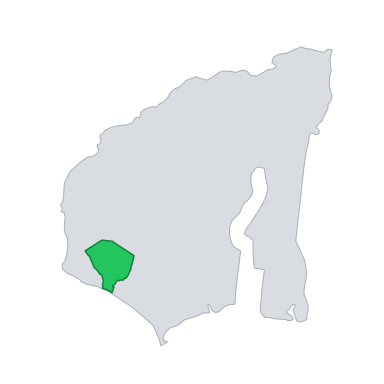 location of Louga, Louga, Senegal, rotated 276°
{"feature_id": "50182788B22933374767599", "entity_name": "Louga", "entity_type": "district", "adm_level": 2, "iso_a3": "SEN", "parent_name": "Senegal", "parent_adm1": "Louga", "projection": "natural_earth1", "projection_center": [-16.123, 15.776], "detail": "fine", "context": "in_parent", "style": "filled", "palette": "green", "viewbox_px": 384, "rotation_deg": 276, "n_neighbors": 0, "source": "geoboundaries", "source_scale": "gbopen_adm2", "svg_char_len": 5905}
<svg xmlns="http://www.w3.org/2000/svg" viewBox="0 0 384 384"><g transform="rotate(276 192 192)"><path d="M302.1,173.9L306.9,183.5L305.9,188.0L304.8,194.7L307.5,199.6L310.7,202.8L313.0,205.7L315.5,209.7L315.9,217.7L315.5,223.5L317.1,226.1L318.5,229.4L318.3,232.1L317.4,234.5L314.3,237.8L313.9,243.7L318.8,251.0L322.0,255.0L322.0,257.2L322.9,259.7L325.2,262.6L326.7,261.9L328.3,259.5L329.0,257.9L333.2,258.6L335.2,259.4L338.0,264.1L339.0,267.3L339.7,271.2L342.5,276.2L345.0,279.7L345.5,281.8L347.8,284.8L346.4,291.3L346.6,294.7L345.1,303.5L344.8,307.6L344.9,309.1L348.3,312.3L348.0,316.7L344.5,315.9L338.6,315.4L326.7,317.7L322.6,316.8L314.8,317.1L309.2,318.3L302.1,321.2L296.7,320.5L293.7,318.2L289.8,318.4L285.4,317.2L280.7,315.0L276.4,313.9L271.7,309.8L269.6,309.1L268.1,310.2L266.8,311.5L265.5,312.4L263.0,311.6L262.0,308.9L262.8,306.2L263.0,304.2L261.8,303.1L259.0,302.7L254.4,302.7L247.1,301.9L245.4,301.4L229.0,300.7L211.9,300.6L197.5,300.6L179.2,300.5L166.4,300.4L154.4,300.3L145.2,305.7L135.2,311.6L121.7,314.7L106.2,313.6L101.3,314.4L96.2,317.0L92.4,318.9L87.0,320.0L80.2,319.1L77.4,319.6L75.6,317.0L73.7,312.7L74.9,309.5L79.1,307.5L85.4,304.8L88.7,306.2L90.7,306.2L91.0,304.5L90.4,303.6L85.7,301.3L83.2,298.2L81.1,300.0L79.4,303.8L77.9,304.9L75.7,306.0L74.5,303.4L74.0,300.9L75.0,299.0L74.5,288.3L75.1,282.5L74.8,277.5L77.8,274.2L80.6,272.2L91.7,272.0L102.0,271.8L111.9,271.9L122.0,272.1L123.0,262.0L126.2,261.2L130.9,260.2L139.9,259.0L149.8,257.8L151.9,255.9L153.6,252.5L154.6,249.6L156.6,248.3L159.4,249.3L163.1,250.9L166.8,253.3L171.2,255.5L174.1,256.9L181.0,260.5L192.9,265.4L202.6,267.3L214.4,263.7L222.9,261.4L223.9,257.1L222.6,252.9L216.2,249.1L207.6,249.5L205.0,250.5L201.0,251.8L198.6,252.3L194.5,251.4L189.3,248.1L186.1,244.8L181.6,243.2L176.2,241.6L167.6,234.7L163.1,233.5L158.8,233.1L150.6,234.5L142.6,238.2L138.4,246.5L130.4,246.4L113.5,246.1L97.9,245.9L85.0,246.5L83.7,240.4L80.7,235.6L75.7,231.4L74.6,227.6L76.3,224.3L81.1,221.5L82.2,219.5L79.7,219.8L75.9,221.6L73.4,221.7L73.1,216.4L68.9,209.6L64.2,198.0L58.8,193.3L54.3,183.9L49.6,180.3L45.3,178.6L41.6,179.0L40.3,183.3L35.7,177.1L42.0,174.9L55.4,167.2L70.8,145.1L84.6,118.9L86.4,112.7L88.1,108.0L89.2,97.3L91.2,91.0L93.1,89.8L95.4,84.9L98.2,76.3L101.4,71.5L105.0,70.6L107.8,71.0L109.8,72.8L115.6,73.9L125.2,74.3L132.7,73.0L138.0,70.0L144.9,68.5L153.4,68.5L157.9,67.2L158.4,64.8L159.5,64.0L161.3,65.0L163.0,64.6L164.5,62.9L166.1,62.8L167.7,64.3L174.8,64.7L187.6,64.1L199.5,68.6L210.3,78.2L215.9,84.6L216.3,87.8L218.1,91.1L221.4,94.3L224.3,94.9L227.0,92.9L229.1,93.1L230.7,95.6L233.7,96.1L237.2,94.6L239.6,95.1L240.1,96.6L240.7,97.4L242.3,97.7L244.6,99.6L247.7,104.7L250.3,111.8L252.3,120.9L255.0,125.9L258.2,126.7L260.1,128.6L260.5,130.7L261.4,132.2L263.0,133.0L265.7,132.6L269.0,135.6L272.4,142.3L273.0,145.3L272.5,147.0L272.7,148.1L275.0,149.3L277.1,151.5L278.9,154.8L282.8,157.7L288.7,160.2L292.9,164.1L295.5,169.1L300.9,173.4L302.1,173.9Z" fill="#d9dde1" stroke="#a8b0b8" stroke-width="1"/><path d="M108.7,101.5L107.8,102.0L106.4,102.8L106.3,103.0L106.2,103.0L105.9,103.5L105.7,103.8L105.5,104.4L105.3,104.8L104.9,105.2L104.7,105.4L104.5,105.6L104.4,105.7L103.2,106.8L102.9,107.1L102.7,107.3L102.3,107.7L102.2,107.8L101.2,108.4L100.9,108.6L100.5,108.8L100.5,109.2L100.5,110.3L100.3,110.6L100.2,110.8L99.8,111.3L99.4,111.5L98.9,111.6L98.3,111.6L97.8,111.8L97.4,111.8L97.1,111.9L96.7,112.2L95.6,112.8L95.4,112.9L95.4,113.0L93.9,113.0L93.2,113.0L92.7,113.0L92.2,113.0L91.8,112.9L91.2,112.7L90.8,112.6L90.4,112.7L90.1,112.8L89.8,112.9L89.5,113.0L89.1,113.0L88.7,113.0L88.3,113.0L87.5,113.0L86.9,113.1L86.8,113.6L86.8,113.9L86.7,114.2L86.6,114.5L86.4,115.4L86.3,116.0L86.1,116.6L86.0,117.1L85.8,117.6L85.7,118.2L85.4,118.8L85.1,119.2L85.0,119.6L84.9,120.0L84.7,120.5L84.5,120.9L84.4,121.2L84.1,121.8L83.9,122.3L83.7,122.8L83.6,123.0L84.9,123.2L86.0,123.6L87.0,123.8L87.5,124.0L88.1,124.1L88.6,124.2L88.9,124.3L89.1,124.3L89.3,124.3L89.5,124.1L89.5,123.8L89.5,123.6L89.5,123.3L89.5,123.0L89.6,122.9L89.8,122.9L90.0,122.9L90.4,123.0L90.8,123.3L91.2,123.8L91.8,124.4L91.9,124.6L92.2,125.0L92.4,125.1L92.7,125.3L93.0,125.5L93.3,125.6L93.6,125.6L94.0,125.6L94.3,125.6L94.6,125.8L95.0,126.0L95.4,126.4L95.7,126.8L96.0,127.1L96.2,127.4L96.2,127.5L96.3,128.1L96.2,129.0L96.3,129.2L96.4,129.3L96.8,129.6L97.0,129.7L97.1,130.0L97.1,130.9L97.1,131.8L97.1,132.0L97.1,132.7L97.2,132.8L97.4,132.8L97.5,132.9L97.7,133.2L98.1,133.5L98.5,133.6L98.8,133.6L99.1,133.8L99.3,134.1L99.3,134.4L99.3,134.8L99.3,135.1L99.6,135.4L99.9,135.6L100.4,135.9L100.7,136.1L101.1,136.3L102.1,136.9L102.9,137.3L103.2,137.4L103.7,137.6L104.1,137.6L104.7,137.7L105.0,137.7L105.4,137.7L105.5,137.7L105.9,137.9L106.3,138.2L107.0,138.6L107.6,138.9L108.0,139.0L108.4,139.2L108.8,139.2L109.3,139.3L109.6,139.3L110.0,139.2L111.0,139.2L111.5,139.3L111.8,139.3L112.6,139.5L113.1,139.6L113.5,139.8L113.5,140.0L114.9,140.1L115.0,140.1L115.8,140.2L116.6,140.3L117.3,140.4L118.1,140.4L118.9,140.5L119.6,140.6L120.4,140.7L121.2,140.7L121.9,140.8L122.7,140.9L123.6,139.2L124.4,137.6L124.9,136.6L125.0,136.5L125.3,136.0L125.3,135.9L125.5,135.6L125.6,135.3L125.7,135.2L126.1,134.3L127.0,132.6L127.9,130.9L128.7,129.3L129.6,127.6L130.4,125.9L130.9,125.0L131.1,124.6L131.3,124.3L131.4,124.0L131.6,123.7L132.1,122.6L132.8,121.4L133.0,121.0L133.4,120.1L133.7,119.6L133.8,119.5L133.9,119.3L134.1,118.8L134.7,117.7L134.7,117.4L134.7,117.1L134.7,116.0L134.7,114.4L134.7,112.8L134.7,111.2L134.7,109.6L134.7,108.7L134.7,108.0L134.7,107.5L134.7,107.4L134.3,106.9L134.0,106.5L133.7,106.1L133.2,105.5L132.8,105.0L132.5,104.5L132.0,103.9L131.6,103.4L131.3,103.1L130.6,102.3L129.3,100.6L127.9,98.9L126.6,97.2L125.2,95.5L123.8,93.8L122.5,92.1L122.4,92.0L122.2,92.0L121.0,92.8L120.0,93.7L118.8,94.9L117.6,96.2L117.4,96.6L117.2,97.0L116.3,97.4L115.5,97.8L114.5,98.4L113.7,98.8L112.1,99.7L110.7,100.5L109.3,101.2L108.8,101.5L108.7,101.5Z" fill="#22c55e" stroke="#15803d" stroke-width="1.5"/></g></svg>